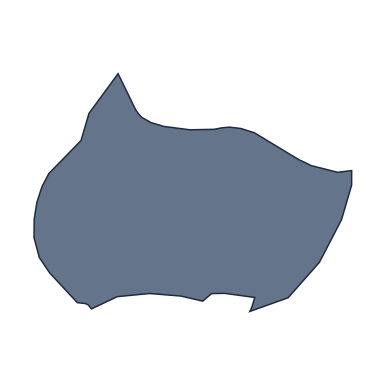 Bioko Norte, Mercator projection, rotated 176°
{"feature_id": "GNQ-1478", "entity_name": "Bioko Norte", "entity_type": "Province", "adm_level": 1, "iso_a3": "GNQ", "parent_name": "Equatorial Guinea", "parent_adm1": "", "projection": "mercator", "projection_center": [8.803, 3.644], "detail": "fine", "context": "isolated", "style": "filled", "palette": "slate", "viewbox_px": 384, "rotation_deg": 176, "n_neighbors": 0, "source": "natural_earth", "source_scale": "10m", "svg_char_len": 676}
<svg xmlns="http://www.w3.org/2000/svg" viewBox="0 0 384 384"><g transform="rotate(176 192 192)"><path d="M31.2,202.2L32.3,187.6L44.8,153.9L69.8,113.0L103.5,79.8L142.7,68.8L140.6,72.4L136.7,82.4L166.4,88.6L179.5,89.3L188.9,82.4L210.5,89.0L241.4,93.7L273.9,92.8L300.5,82.4L303.4,86.6L306.3,88.2L314.1,89.6L339.5,121.0L348.9,137.3L352.8,157.6L351.3,176.0L347.4,192.7L341.3,207.7L333.6,220.3L299.1,251.1L289.3,277.6L257.5,315.2L242.4,277.8L239.8,273.6L237.0,270.0L228.1,264.1L215.6,259.4L189.7,254.2L165.5,253.0L158.2,253.9L150.1,254.1L138.7,251.9L125.6,246.7L83.8,217.2L71.2,210.0L45.4,201.5L31.3,202.2L31.2,202.2Z" fill="#64748b" stroke="#1e293b" stroke-width="1.5"/></g></svg>